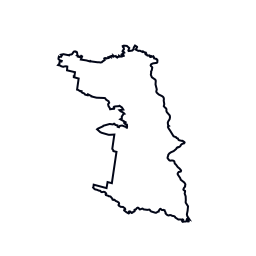 Rumbas pag., Kuldigas, Latvia (Natural Earth projection), rotated 201°
{"feature_id": "27541924B49988054161114", "entity_name": "Rumbas pag.", "entity_type": "district", "adm_level": 2, "iso_a3": "LVA", "parent_name": "Latvia", "parent_adm1": "Kuldigas", "projection": "natural_earth1", "projection_center": [22.062, 56.994], "detail": "fine", "context": "isolated", "style": "outline", "palette": "ink", "viewbox_px": 256, "rotation_deg": 201, "n_neighbors": 0, "source": "geoboundaries", "source_scale": "gbopen_adm2", "svg_char_len": 5814}
<svg xmlns="http://www.w3.org/2000/svg" viewBox="0 0 256 256"><g transform="rotate(201 128 128)"><path d="M125.2,202.3L125.8,202.2L126.3,202.7L127.4,202.4L128.2,202.5L128.6,202.4L129.0,203.2L130.0,204.0L130.4,203.5L132.3,203.5L132.3,203.2L131.7,202.8L132.5,202.3L133.1,202.4L134.1,203.3L134.4,203.0L135.1,203.0L135.8,202.6L136.2,202.7L137.0,203.4L137.7,203.0L138.0,203.1L138.4,203.5L138.2,204.6L138.5,204.8L139.1,204.6L140.3,204.6L141.5,204.9L141.7,204.2L144.6,204.4L146.0,203.7L148.9,204.0L148.5,206.8L148.6,207.0L151.0,207.5L151.3,206.1L151.4,204.9L151.1,203.3L151.8,201.8L154.9,200.1L155.3,200.3L155.2,200.7L155.5,201.4L155.5,203.1L158.5,204.2L161.4,203.4L162.3,202.6L161.8,201.8L160.9,201.6L160.1,200.2L160.0,199.9L160.5,198.8L160.6,197.8L160.0,197.7L159.3,196.8L159.0,196.8L158.8,197.2L158.5,197.0L159.2,196.3L159.0,195.6L159.5,195.9L159.7,195.7L159.6,195.1L159.8,194.9L159.4,194.7L158.7,194.7L158.1,194.2L158.3,193.8L159.0,193.6L158.5,193.4L159.0,193.1L159.2,192.6L159.4,192.5L159.5,192.8L159.8,192.8L160.9,191.9L161.9,192.1L161.6,191.6L161.9,191.3L162.6,191.3L162.9,190.6L163.9,190.3L163.8,190.0L164.4,190.1L165.2,190.8L165.6,190.4L166.7,190.0L167.3,190.2L167.0,189.8L167.3,189.5L167.4,189.2L167.6,189.2L167.9,189.6L169.0,189.5L169.4,189.3L169.9,188.6L169.5,188.0L170.6,188.1L170.8,187.9L170.7,187.6L171.3,187.3L170.8,187.0L171.1,186.4L172.7,185.6L172.8,185.3L173.1,185.1L173.6,185.3L174.5,185.1L175.1,184.4L174.1,183.1L175.4,181.2L175.6,181.1L176.0,180.0L177.3,179.2L178.2,179.1L180.2,178.4L186.1,177.0L187.2,177.1L187.3,176.5L191.0,176.2L196.5,175.0L196.5,178.4L197.6,178.6L198.1,176.9L200.1,176.7L200.0,177.3L201.7,177.4L201.4,178.1L202.7,180.3L203.4,180.7L204.2,180.3L204.9,180.6L206.0,179.8L206.7,176.9L207.3,176.3L208.1,175.9L209.3,175.0L209.2,174.7L214.7,173.8L216.7,172.5L215.7,172.1L215.8,171.7L216.0,171.6L215.9,170.6L217.1,170.1L217.6,169.4L218.1,169.6L217.9,168.2L217.5,167.4L216.0,166.8L213.9,166.9L213.9,166.2L214.9,166.0L215.6,165.0L215.1,163.7L215.8,161.7L213.6,162.0L212.6,161.7L210.4,161.9L209.7,162.5L208.0,163.4L206.7,163.6L205.6,160.0L197.5,161.1L196.5,156.9L197.1,156.8L196.8,156.0L191.8,156.5L189.3,145.6L188.3,145.7L185.8,145.2L185.5,145.6L184.6,145.7L184.6,145.2L183.2,144.5L182.8,144.6L181.1,144.5L180.0,143.8L177.3,144.1L177.4,145.1L173.1,144.6L173.1,144.4L168.3,145.0L160.9,147.5L160.0,147.6L158.6,146.6L155.7,146.0L154.6,144.8L155.1,143.1L154.1,141.5L152.3,140.2L151.4,139.1L149.1,140.4L147.9,140.9L147.9,141.5L148.8,142.3L148.6,142.9L147.6,143.6L144.4,145.1L143.9,145.7L141.0,145.0L139.0,143.5L142.3,141.6L141.0,141.0L139.4,140.9L137.5,140.5L136.5,140.0L137.2,139.5L137.9,136.5L137.2,134.7L138.3,133.4L134.0,132.8L133.5,132.5L133.5,132.1L133.1,131.9L132.8,132.4L132.4,132.6L132.2,132.3L132.8,131.6L132.2,131.5L131.9,131.1L131.1,131.2L131.9,130.7L131.3,130.5L130.2,130.7L129.4,129.1L129.1,127.9L129.4,127.8L129.7,128.2L134.4,128.2L136.3,127.1L136.6,126.5L136.7,125.5L138.1,125.4L138.8,126.7L140.9,126.3L142.2,127.1L142.6,127.0L143.4,125.9L146.5,125.2L151.8,121.3L151.8,121.0L152.0,120.6L155.9,116.6L156.4,115.7L152.4,114.2L150.7,114.1L143.8,114.7L142.8,115.0L138.4,117.0L135.2,102.9L133.5,101.7L133.3,101.2L130.2,101.6L123.3,70.7L127.7,70.2L126.5,64.2L139.7,62.8L139.1,60.2L139.2,59.9L137.6,59.1L136.7,58.9L134.8,59.2L132.9,59.1L131.5,59.4L130.3,58.8L129.8,58.7L129.3,58.8L127.7,59.8L126.3,59.8L125.0,59.1L125.2,58.2L124.6,57.5L122.1,57.6L121.4,57.4L120.5,57.7L119.7,57.7L117.5,56.5L116.8,55.6L116.0,55.5L115.4,56.1L114.8,56.1L113.4,55.5L111.5,55.4L110.0,55.1L109.7,54.9L109.1,54.0L109.3,52.7L108.7,52.2L106.5,51.8L104.4,52.5L102.6,52.0L102.0,51.8L101.5,51.2L102.1,50.2L102.2,49.9L102.1,49.7L99.2,48.8L97.0,48.5L96.7,48.5L96.3,49.3L96.5,50.0L97.1,50.4L97.0,50.6L96.2,50.8L95.5,50.7L94.2,50.0L93.5,50.5L93.1,51.6L92.2,52.3L92.0,52.8L92.1,53.3L92.6,53.8L92.5,54.1L91.5,54.8L91.0,56.4L90.4,57.1L89.6,57.2L88.0,56.2L87.3,56.5L86.6,57.2L85.5,58.0L84.3,57.6L80.6,58.5L78.8,59.5L78.4,59.4L77.4,58.7L76.5,58.4L72.0,58.7L71.3,59.0L70.2,60.5L69.4,61.0L69.6,61.9L69.1,63.8L68.6,64.2L67.0,63.6L66.0,63.9L65.5,64.3L64.3,64.3L63.9,63.6L62.6,62.6L62.3,61.7L60.8,61.0L59.6,60.8L58.7,60.9L57.6,61.8L56.3,62.0L55.3,61.8L53.6,62.2L52.4,62.0L51.8,61.4L48.2,60.6L46.6,61.3L45.5,61.5L44.2,62.3L43.7,62.1L43.8,61.3L44.2,60.7L44.0,60.3L43.3,60.0L41.9,60.9L40.8,61.3L40.3,61.8L38.3,62.3L37.9,62.5L37.9,62.8L38.0,62.9L39.7,63.1L40.3,63.5L40.3,64.3L40.0,64.7L39.2,64.9L38.1,64.8L41.1,67.0L42.1,68.5L42.7,72.1L43.9,76.4L47.4,79.0L47.9,80.3L48.1,81.2L49.7,84.9L51.6,87.1L51.9,89.0L52.2,89.7L53.5,89.9L54.1,90.2L54.3,90.5L54.3,91.9L53.7,93.8L54.0,94.3L54.1,95.6L54.5,96.2L55.9,97.3L60.2,98.6L61.4,100.0L64.7,102.3L65.2,102.9L65.3,103.4L65.2,104.2L64.9,105.1L63.2,106.2L63.1,106.7L63.2,107.3L64.0,107.9L65.6,108.7L67.5,109.3L70.1,111.0L71.6,111.6L72.8,113.4L73.5,113.7L74.3,113.7L75.5,113.4L76.5,112.8L77.3,112.6L78.0,112.7L80.2,114.0L80.5,114.7L80.6,116.5L80.8,117.4L80.4,118.9L79.3,120.6L77.1,122.8L75.5,125.7L75.4,126.8L74.3,127.8L74.5,128.0L73.3,128.8L73.0,129.2L72.7,129.8L72.5,131.2L72.1,132.1L71.0,133.3L70.3,133.6L70.0,134.3L70.0,134.8L70.4,135.1L72.5,135.6L73.0,135.3L75.9,134.9L76.6,135.1L77.7,136.1L79.0,136.0L79.7,136.6L82.5,136.6L88.1,140.9L89.9,142.1L91.1,143.3L91.0,144.2L90.6,144.6L91.5,144.9L92.4,146.5L92.8,147.4L92.8,148.7L92.3,151.2L92.6,152.9L93.1,154.0L93.6,154.7L97.4,156.7L98.3,157.7L98.8,159.2L99.4,159.9L100.9,160.4L102.4,161.2L102.7,163.3L104.5,166.4L104.8,167.7L105.3,168.7L105.9,169.3L106.6,169.7L107.9,170.0L111.3,170.3L113.8,171.3L114.4,171.8L114.7,172.3L115.0,174.4L117.9,178.5L119.0,182.0L119.8,182.9L123.9,183.9L125.7,185.8L125.9,186.4L126.1,187.8L126.6,188.6L126.7,189.1L126.5,190.3L127.0,193.1L127.4,193.5L128.7,194.0L129.3,194.6L129.3,195.6L128.7,196.4L127.8,197.3L124.5,199.1L124.2,199.8L124.7,201.6L125.2,202.3Z" fill="none" stroke="#020617" stroke-width="2"/></g></svg>